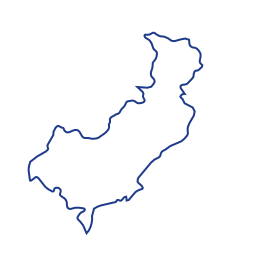 the District of Mzimba, rotated 224°
{"feature_id": "MWI-1900", "entity_name": "Mzimba", "entity_type": "District", "adm_level": 1, "iso_a3": "MWI", "parent_name": "Malawi", "parent_adm1": "", "projection": "mercator", "projection_center": [33.7, -11.843], "detail": "fine", "context": "isolated", "style": "outline", "palette": "blue", "viewbox_px": 256, "rotation_deg": 224, "n_neighbors": 0, "source": "natural_earth", "source_scale": "10m", "svg_char_len": 3953}
<svg xmlns="http://www.w3.org/2000/svg" viewBox="0 0 256 256"><g transform="rotate(224 128 128)"><path d="M81.6,77.3L82.6,75.7L82.6,74.2L82.4,72.6L82.6,70.9L83.1,70.3L84.9,69.5L85.6,68.9L85.8,68.2L85.4,66.8L85.5,66.1L93.8,53.3L95.4,49.9L96.4,46.3L92.7,39.7L90.0,37.0L87.9,34.0L86.2,30.7L85.0,27.1L84.7,23.5L86.9,24.4L92.3,26.7L96.7,27.4L100.6,27.5L101.6,28.0L102.3,28.7L102.8,30.8L103.1,32.9L103.1,34.1L102.8,35.2L102.4,36.1L102.1,37.1L101.9,38.1L102.3,39.3L103.3,39.6L104.3,39.2L106.7,37.5L108.8,35.8L110.6,33.9L111.2,33.0L112.7,30.5L113.3,29.7L114.2,29.0L115.8,28.7L117.0,29.1L118.1,29.9L119.4,31.1L120.6,32.1L122.2,32.9L123.6,33.2L124.9,33.2L129.4,32.5L130.4,32.7L131.1,33.2L132.1,35.2L132.7,36.0L133.8,36.7L134.8,36.8L135.8,36.7L136.7,36.4L137.5,35.8L138.3,34.9L138.7,34.1L138.8,33.4L138.6,32.8L138.2,32.3L137.9,31.6L137.7,30.9L137.9,30.1L138.5,29.7L142.8,28.6L146.4,28.2L157.5,29.7L159.2,29.5L160.2,28.8L161.0,23.6L161.2,22.8L161.7,22.2L162.5,22.5L170.1,28.5L171.8,30.5L173.2,32.6L174.8,35.8L173.6,44.4L170.8,54.0L170.6,56.1L170.9,57.5L172.6,58.5L173.4,59.1L174.1,60.0L176.8,70.9L177.3,71.6L178.9,73.4L180.3,77.9L180.2,79.9L179.7,81.0L178.7,81.5L176.5,82.0L174.9,82.9L174.4,83.0L173.9,82.9L172.7,82.3L172.0,82.1L171.4,82.0L169.6,82.1L168.3,83.0L167.2,84.4L165.9,87.7L165.0,89.4L164.0,90.6L163.0,91.2L161.9,91.6L160.9,91.6L160.1,91.5L155.4,90.2L154.8,90.1L153.9,90.1L153.0,90.4L152.0,90.9L149.5,93.4L148.8,93.8L148.1,94.1L147.0,94.9L145.7,95.9L144.0,97.9L143.1,99.2L142.5,100.5L141.2,107.1L140.9,109.6L140.9,111.0L141.0,112.3L141.2,113.6L141.7,114.7L142.4,115.7L143.8,116.9L144.2,117.3L144.5,117.8L144.6,118.6L144.9,119.4L145.4,120.2L147.0,121.6L147.5,122.6L147.5,124.6L146.7,126.8L146.2,129.2L145.2,130.9L144.9,131.9L144.8,133.1L145.5,135.9L145.8,137.7L145.7,140.1L145.9,141.8L146.3,143.3L146.8,144.4L147.1,145.9L146.7,147.0L144.3,150.3L143.4,151.2L142.2,151.8L140.9,152.1L139.6,152.2L138.4,152.6L137.3,153.4L136.1,154.8L135.0,156.7L134.7,157.9L134.8,158.9L135.5,159.6L136.5,160.0L138.4,160.7L139.1,161.1L139.7,161.8L140.2,162.7L140.8,163.4L141.6,163.9L142.6,164.1L149.7,164.0L142.1,170.4L140.0,173.7L140.0,174.8L140.4,178.2L140.9,179.6L141.9,180.6L143.2,181.1L147.0,181.4L148.7,182.4L150.2,184.0L152.0,187.7L153.2,189.5L155.4,192.0L155.7,193.8L156.0,196.5L156.6,198.2L157.4,199.7L158.3,200.9L159.3,202.1L160.5,202.7L163.5,202.6L165.0,202.8L169.3,205.0L170.7,205.5L172.2,205.8L173.7,206.0L175.1,205.8L177.8,205.1L178.9,205.2L180.1,205.7L180.5,206.3L180.6,206.7L180.4,207.0L180.2,207.3L178.4,209.0L177.4,210.2L176.6,212.9L176.2,213.8L175.6,214.5L174.9,214.8L172.7,215.1L170.2,215.7L169.2,216.1L168.2,216.6L166.3,218.2L165.1,219.0L161.2,220.4L157.7,220.9L156.8,221.3L155.9,221.9L155.3,222.5L154.6,223.3L151.4,228.7L148.8,232.3L147.8,232.6L146.8,233.2L146.4,233.5L145.9,233.8L145.4,233.8L144.7,233.3L142.1,231.1L141.1,230.5L140.3,230.3L139.7,230.4L138.3,230.5L137.7,230.7L137.3,231.0L136.9,231.3L135.9,232.0L135.4,232.3L134.2,232.7L133.5,232.9L132.8,232.9L131.2,232.8L129.6,232.5L128.3,232.1L127.7,231.9L127.1,231.5L126.5,230.9L125.2,229.5L123.2,226.4L122.4,225.5L121.9,225.2L121.2,224.9L120.5,224.8L119.7,224.8L118.3,224.9L117.7,224.3L117.3,223.1L117.4,219.6L117.8,218.1L118.2,217.1L118.7,216.8L119.1,216.3L119.3,215.8L119.3,214.9L119.0,213.9L118.2,212.4L116.7,210.6L116.4,209.7L116.2,208.4L116.1,201.9L116.4,200.4L116.6,199.8L117.0,199.2L117.3,198.7L118.5,197.4L118.8,196.9L119.1,196.3L119.3,195.6L119.4,194.9L118.7,194.0L118.0,193.4L112.7,192.3L110.9,191.9L111.4,191.5L112.5,189.6L112.3,187.1L111.0,186.6L109.0,186.7L104.4,185.1L95.7,187.7L91.6,186.3L89.3,182.7L87.2,174.3L85.7,170.4L84.4,168.7L81.0,165.5L80.2,163.6L80.0,159.5L80.4,155.5L85.0,144.5L86.1,138.3L86.8,136.4L87.2,134.5L86.8,132.8L85.4,130.2L85.4,128.3L87.0,123.7L87.4,119.3L86.3,103.9L86.0,99.8L85.3,97.8L83.8,96.0L81.8,95.7L79.8,95.9L77.8,95.9L75.8,95.2L75.4,94.3L77.2,90.5L77.9,88.3L78.1,86.8L77.5,76.6L78.6,74.9L81.6,77.3Z" fill="none" stroke="#1e3a8a" stroke-width="2"/></g></svg>